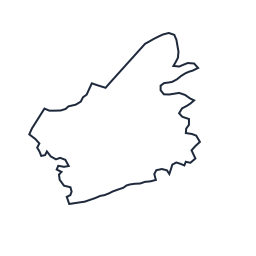 Belmonte, Santa Catarina, Brazil, rotated 144°
{"feature_id": "56859067B29465738256221", "entity_name": "Belmonte", "entity_type": "district", "adm_level": 2, "iso_a3": "BRA", "parent_name": "Brazil", "parent_adm1": "Santa Catarina", "projection": "natural_earth1", "projection_center": [-53.624, -26.854], "detail": "fine", "context": "isolated", "style": "outline", "palette": "slate", "viewbox_px": 256, "rotation_deg": 144, "n_neighbors": 0, "source": "geoboundaries", "source_scale": "gbopen_adm2", "svg_char_len": 1504}
<svg xmlns="http://www.w3.org/2000/svg" viewBox="0 0 256 256"><g transform="rotate(144 128 128)"><path d="M58.3,111.5L60.4,115.4L62.4,121.2L66.0,126.3L70.1,128.4L75.0,130.9L79.2,134.2L79.4,139.4L76.7,143.1L72.4,143.1L69.1,141.3L65.4,139.4L59.7,138.6L54.6,138.9L49.3,138.5L45.7,137.7L41.9,136.4L36.0,135.4L36.6,141.3L41.4,145.4L45.9,146.6L50.4,147.6L54.8,151.5L51.1,153.1L46.3,155.5L42.3,160.1L39.3,166.2L37.0,170.9L35.8,176.2L39.3,181.0L44.7,183.1L49.2,184.0L54.6,184.9L61.0,185.6L64.7,186.1L113.2,175.8L122.5,173.7L128.0,181.1L131.0,185.4L141.9,179.3L146.4,179.3L150.7,177.1L156.6,177.6L163.4,180.5L167.3,180.1L172.1,181.7L177.1,185.1L181.4,188.2L184.2,192.8L206.0,184.1L211.6,180.9L209.4,173.4L208.8,167.6L213.0,165.5L213.4,161.0L214.6,156.4L211.0,154.8L207.4,156.7L207.2,150.4L204.7,145.0L200.4,143.7L197.4,139.1L198.3,132.1L202.6,134.2L206.6,138.4L210.1,136.3L207.6,131.6L211.2,130.9L213.7,126.3L213.7,119.0L209.4,113.9L211.0,109.7L214.1,107.6L218.0,108.3L220.2,101.1L206.2,93.8L200.6,92.1L195.8,90.6L190.4,89.4L186.4,87.5L181.7,86.3L177.5,85.6L172.7,84.2L166.9,82.4L163.0,82.4L159.6,81.2L155.3,78.9L150.7,75.9L146.0,74.5L141.3,71.7L136.0,69.6L133.8,75.3L129.9,77.2L124.7,74.9L121.4,70.9L121.6,66.5L117.3,69.6L113.7,72.3L109.2,71.7L106.9,68.6L104.4,64.6L101.1,66.7L98.0,63.2L91.4,63.7L89.7,72.6L84.0,73.8L78.0,74.5L77.3,81.7L79.8,85.6L84.2,89.9L81.3,93.3L76.9,94.7L73.4,99.4L77.5,105.2L78.0,109.9L72.8,112.1L67.1,111.3L63.1,111.1L58.3,111.5Z" fill="none" stroke="#1e293b" stroke-width="2"/></g></svg>